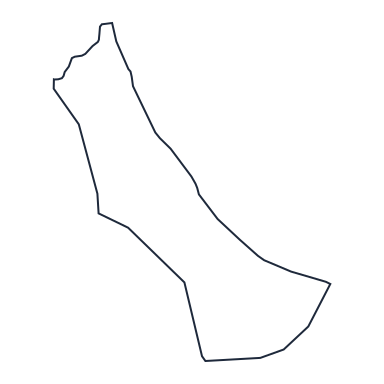 the Region of Al Batnah North
{"feature_id": "OMN-2424", "entity_name": "Al Batnah North", "entity_type": "Region", "adm_level": 1, "iso_a3": "OMN", "parent_name": "Oman", "parent_adm1": "", "projection": "natural_earth1", "projection_center": [56.548, 24.234], "detail": "fine", "context": "isolated", "style": "outline", "palette": "slate", "viewbox_px": 384, "rotation_deg": 0, "n_neighbors": 0, "source": "natural_earth", "source_scale": "10m", "svg_char_len": 701}
<svg xmlns="http://www.w3.org/2000/svg" viewBox="0 0 384 384"><path d="M54.2,79.5L58.2,79.3L61.9,78.2L63.6,75.9L64.7,72.0L68.8,66.6L71.9,58.1L74.8,56.7L81.8,55.7L85.3,53.9L91.5,47.2L92.6,46.0L97.9,41.9L98.9,39.7L99.0,38.1L99.4,34.0L100.0,26.6L101.0,25.4L101.8,24.3L112.1,23.0L116.3,41.4L128.4,69.1L130.5,71.5L131.7,76.7L133.0,86.2L155.3,132.5L159.9,138.2L170.6,148.7L191.4,176.5L195.5,183.7L197.2,187.9L198.9,194.4L217.6,219.0L240.1,240.0L257.9,255.8L264.1,260.2L291.1,271.6L325.9,281.8L330.3,284.0L308.3,326.5L283.7,349.5L260.3,357.9L205.4,361.0L202.0,356.2L184.4,282.4L128.1,227.7L98.6,213.4L97.4,193.7L78.8,124.3L53.7,88.7L53.9,79.4L54.2,79.5Z" fill="none" stroke="#1e293b" stroke-width="2"/></svg>